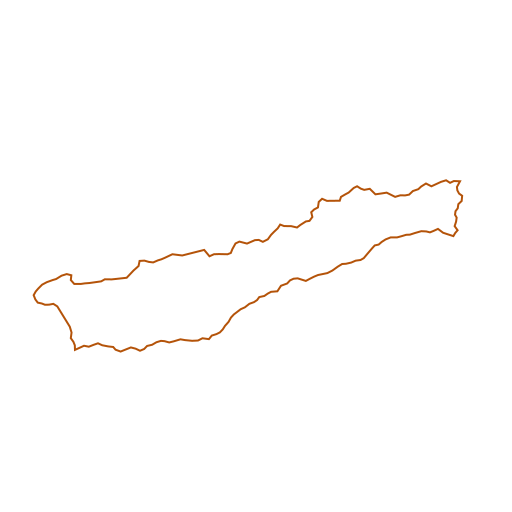 outline of Irapuru, São Paulo, Brazil, rotated 62°
{"feature_id": "56859067B68587669749429", "entity_name": "Irapuru", "entity_type": "district", "adm_level": 2, "iso_a3": "BRA", "parent_name": "Brazil", "parent_adm1": "São Paulo", "projection": "orthographic", "projection_center": [-51.345, -21.468], "detail": "fine", "context": "isolated", "style": "outline", "palette": "amber", "viewbox_px": 512, "rotation_deg": 62, "n_neighbors": 0, "source": "geoboundaries", "source_scale": "gbopen_adm2", "svg_char_len": 2567}
<svg xmlns="http://www.w3.org/2000/svg" viewBox="0 0 512 512"><g transform="rotate(62 256 256)"><path d="M253.9,459.9L254.3,453.6L254.5,450.0L257.6,446.2L258.2,441.0L258.9,436.5L262.6,433.7L266.4,429.0L269.3,424.8L272.8,424.0L276.8,420.4L277.5,413.9L278.0,409.4L281.3,405.8L285.2,402.9L285.6,398.4L284.3,394.4L285.6,389.4L285.4,384.4L286.3,379.8L288.2,376.8L291.6,373.2L292.7,368.8L294.1,361.8L296.9,358.2L300.9,352.2L303.4,346.9L303.5,341.9L307.3,336.6L305.5,332.4L306.4,327.6L306.5,323.8L305.2,319.8L303.1,316.1L301.3,311.2L298.6,307.0L297.2,303.0L295.8,294.5L296.1,289.9L295.1,284.3L295.8,279.4L295.4,275.7L293.8,272.4L295.2,267.4L294.7,263.2L294.7,259.5L297.2,253.7L294.0,247.9L294.9,241.4L293.5,237.4L293.7,233.5L295.3,229.7L301.4,223.7L301.4,218.8L301.5,214.4L301.9,210.2L304.6,201.0L304.7,195.4L303.8,188.8L303.5,183.7L305.1,180.2L306.5,175.0L306.9,170.2L308.6,165.6L308.5,161.9L306.4,156.7L303.7,149.8L302.4,146.2L303.5,142.3L302.6,138.5L302.2,133.8L302.8,128.4L305.8,122.7L306.8,118.4L307.8,113.4L309.4,110.1L310.3,105.0L311.7,98.4L314.2,94.2L316.8,91.3L317.2,87.6L317.5,82.6L323.3,79.9L327.9,75.5L331.1,72.4L329.2,69.3L327.9,65.9L322.9,66.6L319.6,63.2L316.3,60.8L313.0,60.9L310.1,58.8L308.6,55.5L305.2,53.0L304.0,48.6L299.6,45.7L296.2,47.4L292.6,47.4L289.4,46.2L285.8,40.8L282.7,46.1L282.5,50.3L278.4,52.6L277.4,57.8L276.8,68.4L271.8,71.9L272.2,77.6L273.2,81.3L272.3,87.0L273.7,92.0L272.5,95.9L270.2,100.0L269.1,105.4L261.4,110.9L259.6,116.1L257.6,121.6L253.8,122.8L250.1,124.0L248.4,129.4L245.8,131.8L241.9,134.0L241.8,137.8L243.5,144.4L243.5,148.0L243.7,153.2L246.5,156.1L244.9,159.2L240.6,167.5L236.5,170.8L237.7,175.2L242.2,178.5L242.2,182.9L243.3,186.7L248.0,187.9L250.1,192.3L248.9,195.7L249.4,202.2L250.1,206.4L246.1,211.0L242.8,217.1L239.6,219.9L241.8,223.9L243.1,228.7L244.4,232.8L246.8,237.7L246.7,243.3L243.1,246.0L241.5,249.5L240.8,258.1L235.5,263.9L235.3,268.2L238.8,273.6L241.5,276.8L241.1,280.3L236.9,287.8L234.7,292.3L234.4,297.2L226.3,298.9L220.9,320.9L215.2,329.0L214.8,337.4L214.5,341.1L213.8,344.7L213.4,349.8L210.9,353.4L207.7,356.7L205.7,361.1L209.7,364.4L211.3,370.9L214.5,380.4L210.6,390.2L208.9,394.4L205.6,400.4L205.7,404.6L204.3,408.5L201.6,415.9L199.8,420.0L198.4,423.9L195.3,429.6L190.3,430.8L186.3,428.1L183.1,431.6L182.1,436.9L182.5,443.3L181.8,446.7L180.9,453.0L180.9,458.3L182.5,463.5L183.9,467.1L186.2,470.7L190.7,471.2L194.7,470.6L197.4,467.4L200.0,465.2L201.8,461.6L203.1,457.4L207.2,455.1L231.0,453.6L237.0,454.8L241.6,458.1L246.0,457.5L249.8,457.9L253.9,459.9Z" fill="none" stroke="#b45309" stroke-width="2"/></g></svg>